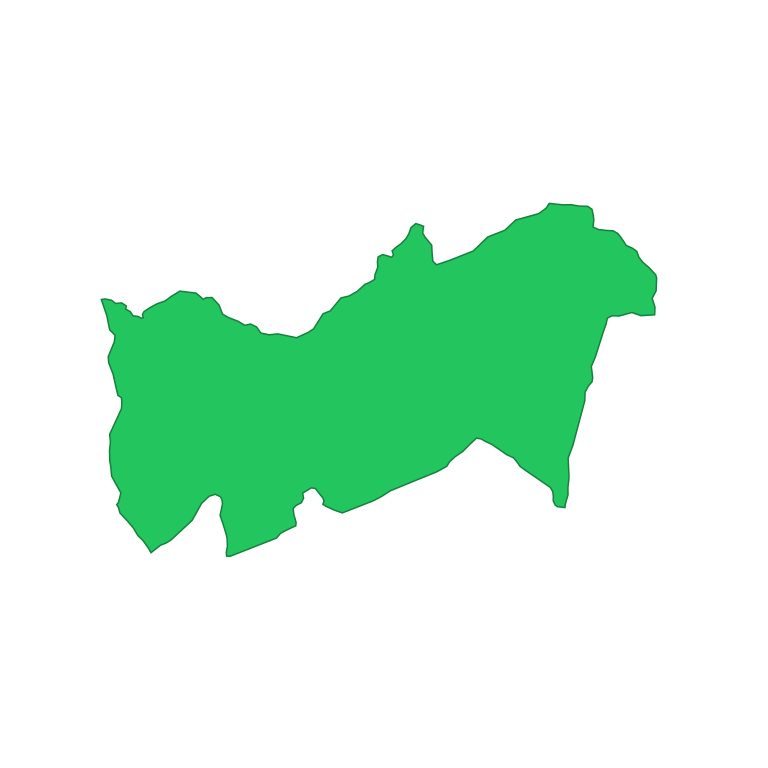 the district of Santa Rosa, Canelones, Uruguay, rotated 339°
{"feature_id": "84410073B29555831228815", "entity_name": "Santa Rosa", "entity_type": "district", "adm_level": 2, "iso_a3": "URY", "parent_name": "Uruguay", "parent_adm1": "Canelones", "projection": "albers", "projection_center": [-56.067, -34.521], "detail": "fine", "context": "isolated", "style": "filled", "palette": "green", "viewbox_px": 768, "rotation_deg": 339, "n_neighbors": 0, "source": "geoboundaries", "source_scale": "gbopen_adm2", "svg_char_len": 2979}
<svg xmlns="http://www.w3.org/2000/svg" viewBox="0 0 768 768"><g transform="rotate(339 384 384)"><path d="M676.8,379.6L673.1,370.2L669.3,363.2L667.4,357.1L667.5,350.8L664.8,346.5L659.7,341.3L658.8,336.7L657.7,332.0L656.2,327.2L652.9,323.2L646.2,320.1L639.7,316.7L635.4,312.5L638.6,306.2L639.8,301.8L640.8,295.4L637.8,291.1L629.6,287.7L622.9,283.6L615.3,280.9L603.0,274.6L598.3,278.0L589.5,280.4L565.8,278.1L551.9,283.8L533.5,283.9L515.1,291.8L489.0,292.1L475.8,291.5L473.6,286.9L476.0,278.5L478.3,271.5L475.0,261.8L474.2,257.1L476.3,252.9L477.5,251.0L475.0,248.7L471.2,245.6L465.2,247.7L461.0,252.7L456.9,256.0L450.2,259.1L443.9,260.8L439.3,262.6L439.1,266.9L436.5,268.5L433.3,265.7L429.0,262.7L424.0,263.3L421.5,267.9L420.1,272.6L414.6,279.0L412.7,283.0L406.6,284.0L402.0,284.1L391.9,288.0L382.8,289.3L374.7,288.2L360.0,296.5L352.3,296.6L338.0,307.3L331.7,308.7L324.3,309.1L319.0,309.5L311.2,304.5L302.7,299.1L294.4,296.9L287.2,292.2L285.5,285.1L280.9,280.2L275.1,279.3L270.2,273.1L262.1,265.7L258.3,260.8L258.3,251.2L256.1,245.7L254.5,241.7L249.1,239.7L245.5,240.2L243.8,236.5L240.9,231.6L234.1,228.1L226.7,224.1L216.7,226.0L209.5,228.0L200.5,227.8L192.7,228.9L185.9,230.4L183.5,232.4L182.9,235.8L181.2,235.8L178.5,232.7L174.1,230.4L173.0,225.3L169.6,221.6L171.4,218.8L168.2,214.3L162.3,212.6L159.7,208.2L154.2,204.7L150.4,203.8L149.7,221.1L147.3,235.2L150.4,242.1L147.5,247.8L136.3,259.7L134.6,265.5L134.6,277.6L132.7,290.4L131.5,299.3L133.9,302.6L132.6,307.5L130.0,313.0L109.8,332.7L107.9,339.8L103.8,348.0L100.5,357.2L99.2,363.7L96.7,372.4L98.0,382.1L99.3,391.2L96.8,395.0L93.5,399.5L91.2,400.8L91.8,404.0L91.3,409.9L95.2,419.5L98.4,428.6L99.9,437.3L102.9,443.7L105.3,453.2L106.0,458.0L117.7,454.4L123.7,454.4L129.6,453.2L142.4,448.0L155.9,442.6L162.5,437.2L170.7,430.2L180.5,426.1L186.9,426.5L190.8,430.5L191.2,434.1L190.3,437.9L187.6,442.2L183.9,447.8L183.6,456.5L182.8,468.0L182.2,471.8L179.6,479.5L176.4,484.7L175.4,488.3L178.7,489.7L228.4,489.3L233.8,486.4L237.9,485.8L245.6,485.1L250.8,484.8L252.3,481.8L252.8,477.0L252.9,474.1L254.6,467.6L258.4,465.9L264.3,465.2L268.0,461.8L269.0,456.7L278.9,454.9L282.5,457.0L283.7,460.9L284.6,464.1L286.1,468.4L286.1,471.8L283.8,474.4L285.7,477.0L292.3,483.9L298.9,489.4L332.4,489.2L341.6,488.1L351.6,486.0L376.4,485.4L402.1,484.9L413.1,483.3L417.2,480.2L424.2,477.4L433.4,475.2L442.7,471.0L450.9,467.7L454.7,469.9L458.5,474.4L462.8,478.8L467.9,486.0L473.0,493.7L478.4,499.2L480.3,504.6L481.4,509.5L485.2,515.4L496.9,532.4L502.2,540.2L503.0,544.9L501.8,549.6L500.1,553.7L500.5,558.4L502.1,560.8L508.7,564.2L510.1,561.4L512.7,557.8L516.1,553.4L518.5,546.8L523.0,538.1L525.7,530.2L529.4,519.1L538.4,508.9L565.6,471.4L568.7,463.8L574.0,459.2L579.0,456.5L581.1,452.9L582.4,447.8L583.8,442.0L591.0,434.5L608.1,413.1L612.7,407.8L616.1,402.6L621.1,402.0L627.9,404.8L641.0,406.1L648.4,412.3L661.5,416.4L664.5,409.4L665.1,400.1L671.5,394.5L674.5,387.4L676.5,382.7L676.8,379.6Z" fill="#22c55e" stroke="#15803d" stroke-width="1.5"/></g></svg>